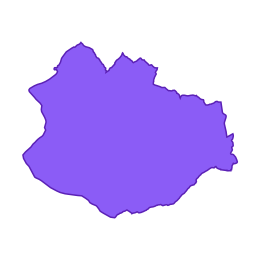 Putna, Suceava, Romania, rotated 86°
{"feature_id": "2599482B68434339585175", "entity_name": "Putna", "entity_type": "district", "adm_level": 2, "iso_a3": "ROU", "parent_name": "Romania", "parent_adm1": "Suceava", "projection": "orthographic", "projection_center": [25.576, 47.849], "detail": "fine", "context": "isolated", "style": "filled", "palette": "violet", "viewbox_px": 256, "rotation_deg": 86, "n_neighbors": 0, "source": "geoboundaries", "source_scale": "gbopen_adm2", "svg_char_len": 5669}
<svg xmlns="http://www.w3.org/2000/svg" viewBox="0 0 256 256"><g transform="rotate(86 128 128)"><path d="M147.6,234.7L151.1,234.3L156.3,231.9L159.4,229.4L170.4,224.5L171.2,223.5L173.0,220.2L174.6,218.0L182.1,209.4L185.9,203.3L187.6,200.1L189.2,195.4L190.6,188.7L191.8,182.9L192.4,178.9L195.1,175.2L197.5,172.4L199.8,171.2L201.3,169.1L203.2,165.3L204.0,164.5L206.8,162.7L208.8,161.7L209.7,160.7L211.4,158.3L215.7,151.7L216.6,147.5L215.9,146.6L214.2,145.2L213.5,144.3L213.5,143.6L213.0,142.8L212.5,142.2L212.5,141.6L212.3,140.8L211.7,139.5L211.1,138.8L210.9,138.2L210.7,136.9L210.6,136.6L209.7,134.9L209.8,134.6L210.4,133.9L211.1,132.8L213.1,130.4L213.3,130.1L213.7,130.1L213.6,129.7L213.4,129.3L213.2,128.4L213.1,127.1L212.8,126.0L212.4,125.2L212.3,124.7L212.5,124.3L213.3,123.3L213.4,122.9L213.2,121.0L212.9,120.1L212.5,118.7L211.7,116.8L211.3,115.5L210.8,114.9L210.5,114.5L210.4,113.9L210.2,113.6L209.4,112.8L208.8,112.0L208.5,110.3L208.4,108.6L207.9,106.5L207.1,104.8L207.2,104.4L206.8,103.3L206.8,101.8L206.6,100.6L207.1,100.0L207.9,98.6L207.6,97.5L207.2,95.3L207.2,94.9L207.4,94.4L207.9,93.9L207.9,93.4L207.7,92.7L207.5,92.0L207.3,91.6L207.0,91.2L207.1,90.6L207.1,90.1L206.8,87.9L206.1,87.0L205.0,86.0L204.3,84.9L203.8,84.1L202.2,82.4L201.7,81.8L200.6,81.0L200.0,80.3L198.6,79.1L197.9,78.1L197.4,77.1L197.0,76.4L195.4,74.9L194.9,74.3L192.7,72.5L191.9,71.3L191.5,70.9L190.9,70.6L190.3,69.9L189.8,68.9L189.6,67.9L189.3,67.1L189.4,66.7L189.3,66.2L187.8,64.7L187.5,64.2L187.0,64.2L186.6,63.6L186.3,63.5L184.6,63.7L183.9,63.4L183.1,62.6L182.3,61.5L181.1,60.6L180.7,60.0L179.7,58.9L179.7,58.7L178.8,58.0L178.4,57.4L178.0,56.7L177.8,55.9L176.5,53.4L175.9,52.0L174.2,49.2L173.7,48.2L173.4,47.5L173.3,47.0L173.8,44.9L173.3,44.3L172.6,43.6L172.6,42.9L173.4,42.7L174.2,41.9L174.8,41.0L175.4,39.7L175.6,38.5L176.1,38.5L176.2,37.9L176.8,34.8L177.0,33.9L177.1,33.7L177.0,33.2L177.2,32.1L177.5,32.2L177.6,31.7L177.8,28.4L177.3,28.4L176.7,28.2L176.8,27.6L174.4,27.0L173.1,26.9L172.7,26.7L172.2,26.4L171.6,25.8L170.9,25.6L170.6,25.4L171.0,24.5L171.0,23.8L170.5,22.1L170.1,21.6L169.4,21.3L167.5,21.7L164.6,22.7L162.0,24.6L161.5,25.5L161.5,26.5L161.2,27.1L160.6,27.4L160.0,27.3L159.3,26.8L157.5,25.6L157.0,25.4L154.7,25.9L154.3,25.8L153.6,24.7L152.9,24.3L152.1,24.3L151.1,24.4L150.3,24.3L149.2,24.7L148.4,25.3L147.8,25.6L147.2,25.4L146.4,24.5L145.1,24.0L143.6,23.6L142.4,23.5L141.1,23.8L143.8,29.6L143.9,30.0L140.0,30.3L138.4,30.4L131.3,31.5L130.3,31.6L129.0,31.4L125.0,29.8L123.8,29.4L122.9,29.3L122.4,29.4L121.9,29.7L121.6,30.1L120.4,31.8L120.0,32.2L119.0,32.7L108.6,33.5L108.5,34.9L108.4,36.1L107.6,37.4L107.8,38.2L107.8,38.8L108.5,39.8L109.2,40.8L109.4,41.4L109.5,42.4L109.9,43.0L110.0,43.5L109.9,44.6L110.0,44.8L110.3,45.4L110.6,46.9L110.6,47.7L110.3,49.0L109.9,49.1L109.0,49.7L107.2,50.6L106.3,50.5L105.3,50.7L105.1,50.8L104.7,52.5L104.2,53.5L103.7,54.2L103.2,54.6L102.8,55.0L102.2,55.5L101.6,56.6L101.2,56.9L100.3,57.5L100.6,58.3L100.5,58.6L99.7,60.8L99.7,61.3L99.8,63.4L100.1,65.6L100.1,66.3L99.7,67.9L99.3,69.1L99.1,71.1L99.4,72.2L100.2,73.0L101.8,73.8L101.0,74.0L100.7,74.3L99.9,74.2L98.2,74.8L97.2,75.9L96.8,76.9L96.3,76.8L95.4,77.3L94.4,78.1L93.6,79.0L93.6,80.0L93.6,80.8L94.0,81.5L94.0,82.1L94.0,82.4L93.6,84.0L93.6,84.9L93.4,85.2L91.3,87.4L90.2,88.3L90.1,88.5L90.0,91.4L89.0,93.2L87.8,96.1L87.0,98.2L86.5,99.1L86.0,99.7L83.7,99.4L83.3,99.1L82.6,99.1L81.9,99.1L79.8,98.2L79.4,98.1L76.9,96.6L76.5,96.3L76.1,96.1L75.7,96.2L74.5,96.8L72.9,95.9L72.6,95.5L72.2,95.2L71.4,94.8L70.1,94.5L70.1,95.4L69.9,96.0L69.8,97.0L69.6,97.4L68.2,98.9L66.9,99.8L66.6,100.2L66.6,100.7L66.9,101.5L66.9,102.2L66.5,103.0L65.5,103.5L63.7,105.3L62.3,106.6L61.4,107.1L61.2,107.2L61.3,107.6L61.2,108.3L60.8,109.4L60.0,109.8L59.4,110.2L59.1,110.9L59.2,111.2L61.2,114.0L61.9,114.7L62.5,116.7L63.2,118.1L62.9,118.5L61.2,119.5L60.2,121.0L59.7,121.1L59.2,121.8L58.5,122.9L57.7,123.7L56.9,124.2L56.8,124.7L56.7,125.6L53.7,128.1L53.2,127.7L52.7,128.2L53.2,128.5L54.1,128.8L55.5,129.6L56.0,130.1L57.1,131.0L58.7,133.0L59.0,133.7L59.6,134.6L60.3,135.2L60.7,135.7L61.2,135.8L61.9,136.5L62.3,136.4L62.7,136.6L62.9,136.8L63.5,136.8L63.8,137.2L64.0,137.6L64.7,138.0L65.3,139.0L66.5,140.0L66.9,141.6L68.2,142.6L68.6,142.6L69.3,143.1L69.5,143.4L69.7,144.1L70.1,144.4L70.3,144.9L70.4,145.2L70.8,145.6L71.0,146.0L70.1,145.7L69.3,145.7L69.0,145.9L68.7,146.4L68.4,146.5L67.1,146.1L66.7,146.1L66.3,146.5L65.6,147.3L65.1,147.5L64.1,147.8L63.0,148.3L62.8,148.5L62.4,149.3L61.8,149.5L60.5,150.3L59.8,150.6L59.5,150.9L58.9,151.2L58.7,151.4L58.2,151.6L57.7,151.6L57.4,151.8L57.1,152.3L56.5,152.5L56.2,153.0L56.1,153.4L55.9,153.8L55.4,154.4L53.8,155.2L52.9,155.3L52.5,155.4L52.2,155.6L51.8,156.0L50.7,156.3L50.0,157.1L49.3,157.1L48.7,157.6L48.4,157.5L47.8,157.6L47.2,158.0L46.9,158.4L45.2,161.0L44.1,164.2L43.9,164.7L43.0,166.1L42.4,166.7L41.1,167.4L40.5,168.0L40.0,168.6L39.4,169.0L40.5,170.0L41.0,170.7L41.7,172.8L42.2,173.6L43.2,174.6L43.6,175.2L43.7,175.8L43.4,176.3L44.3,178.3L47.7,184.2L52.6,188.4L53.9,189.4L57.7,190.8L60.5,192.6L60.6,193.1L60.8,193.5L61.1,193.9L61.7,194.0L62.1,193.9L62.4,194.0L62.6,194.5L62.8,195.3L62.8,195.9L62.7,196.9L62.9,197.2L63.8,197.6L64.2,197.6L64.6,197.4L64.9,196.9L64.6,195.2L65.2,195.1L65.7,194.9L66.1,194.6L66.6,194.4L67.8,194.8L69.4,196.1L73.8,202.8L75.9,207.0L77.3,210.9L78.2,215.1L79.4,218.5L81.7,223.1L82.5,223.8L83.2,224.2L84.8,223.9L90.8,219.2L93.0,217.7L97.1,213.9L99.6,212.4L103.5,213.2L105.7,213.0L111.5,210.4L114.2,209.5L116.4,209.3L121.8,211.2L123.9,210.4L124.6,210.4L128.8,212.9L129.7,213.6L130.4,214.5L131.0,215.6L131.5,216.5L133.1,218.8L134.4,220.3L135.6,221.5L137.5,223.9L140.1,226.0L144.8,232.0L147.6,234.7Z" fill="#8b5cf6" stroke="#5b21b6" stroke-width="1.5"/></g></svg>